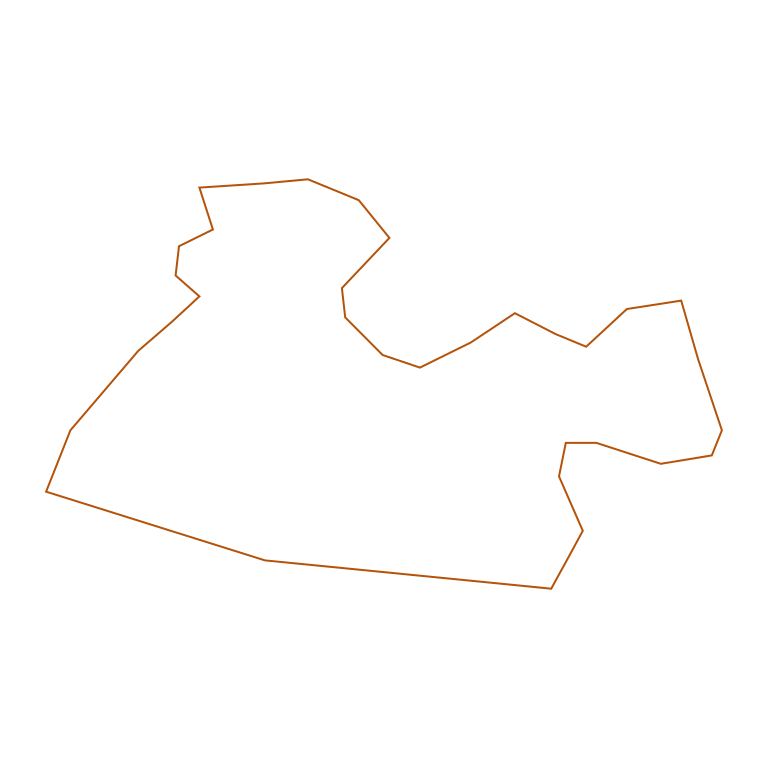 the state/province of Żurrieq
{"feature_id": "MLT-5973", "entity_name": "Żurrieq", "entity_type": "state/province", "adm_level": 1, "iso_a3": "MLT", "parent_name": "Malta", "parent_adm1": "", "projection": "orthographic", "projection_center": [14.486, 35.824], "detail": "fine", "context": "isolated", "style": "outline", "palette": "amber", "viewbox_px": 768, "rotation_deg": 0, "n_neighbors": 0, "source": "natural_earth", "source_scale": "10m", "svg_char_len": 545}
<svg xmlns="http://www.w3.org/2000/svg" viewBox="0 0 768 768"><path d="M551.2,588.7L265.0,560.4L46.1,491.7L70.4,430.3L138.3,350.8L172.2,321.5L199.4,296.4L175.6,275.5L179.0,246.2L212.9,229.5L199.4,187.6L263.8,183.4L307.9,179.3L358.8,200.2L389.4,237.9L341.9,288.1L345.2,317.4L382.6,355.0L419.9,367.6L470.8,342.5L514.9,313.2L555.6,334.1L586.2,346.7L626.9,309.0L681.2,300.6L698.1,359.2L721.9,430.3L711.8,455.4L660.8,463.8L596.4,442.9L565.8,442.9L559.0,476.4L582.8,530.8L569.2,555.9L551.2,588.7Z" fill="none" stroke="#b45309" stroke-width="2"/></svg>